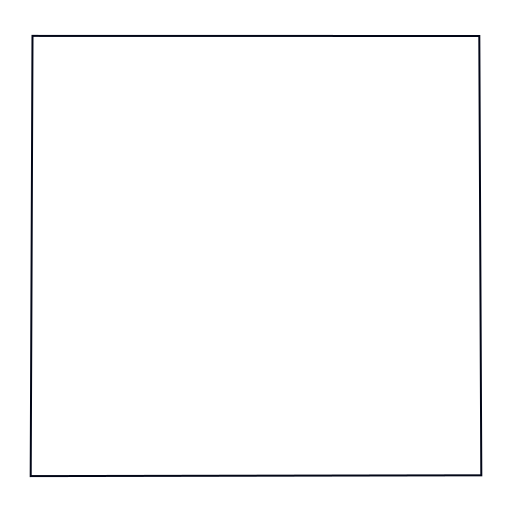 Gray, Texas, United States of America
{"feature_id": "52423323B94857587121418", "entity_name": "Gray", "entity_type": "district", "adm_level": 2, "iso_a3": "USA", "parent_name": "United States of America", "parent_adm1": "Texas", "projection": "albers", "projection_center": [-100.758, 35.401], "detail": "fine", "context": "isolated", "style": "outline", "palette": "ink", "viewbox_px": 512, "rotation_deg": 0, "n_neighbors": 0, "source": "geoboundaries", "source_scale": "gbopen_adm2", "svg_char_len": 183}
<svg xmlns="http://www.w3.org/2000/svg" viewBox="0 0 512 512"><path d="M481.3,475.3L479.3,36.0L32.5,35.9L30.7,476.1L481.3,475.3Z" fill="none" stroke="#020617" stroke-width="2"/></svg>